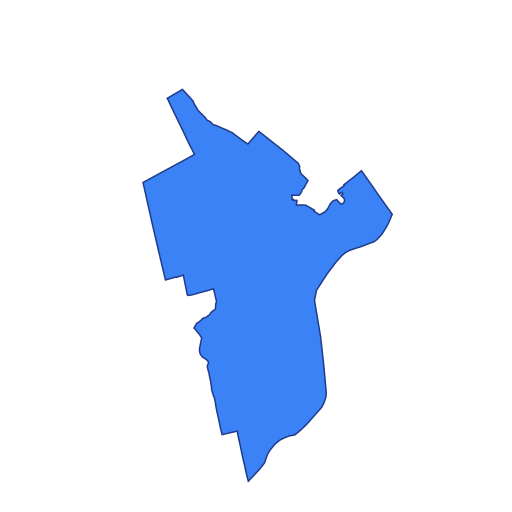 the district of Crivat, Giurgiu, Romania, rotated 145°
{"feature_id": "2599482B25594026358369", "entity_name": "Crivat", "entity_type": "district", "adm_level": 2, "iso_a3": "ROU", "parent_name": "Romania", "parent_adm1": "Giurgiu", "projection": "natural_earth1", "projection_center": [26.439, 44.187], "detail": "fine", "context": "isolated", "style": "filled", "palette": "blue", "viewbox_px": 512, "rotation_deg": 145, "n_neighbors": 0, "source": "geoboundaries", "source_scale": "gbopen_adm2", "svg_char_len": 3819}
<svg xmlns="http://www.w3.org/2000/svg" viewBox="0 0 512 512"><g transform="rotate(145 256 256)"><path d="M306.7,380.3L307.5,378.4L310.9,370.0L313.4,364.1L316.4,356.8L317.4,354.2L320.6,346.6L324.2,337.7L334.0,313.3L343.9,288.3L333.6,284.7L333.5,284.2L326.5,282.0L334.6,263.5L334.3,262.8L334.0,262.5L333.5,262.2L330.5,260.8L324.8,258.8L314.4,255.1L311.4,254.1L309.6,253.5L314.5,241.2L314.9,241.0L316.4,239.9L317.4,238.7L318.9,236.7L319.7,236.0L320.6,235.7L321.2,235.7L323.9,235.7L326.0,235.4L327.3,234.6L332.3,234.4L334.3,235.3L335.6,235.4L336.7,235.2L337.5,235.0L340.4,234.7L342.3,234.9L343.8,234.6L346.4,233.4L348.1,232.6L347.7,230.0L347.6,226.5L347.3,224.4L347.4,222.8L347.4,221.2L347.4,220.2L348.8,218.8L351.7,216.1L355.5,212.4L356.8,210.6L357.9,207.7L357.9,204.3L356.3,200.3L355.8,198.5L355.8,197.7L355.8,197.0L355.9,196.2L356.2,195.7L357.4,194.9L358.5,194.2L359.2,193.6L359.5,193.1L360.0,191.8L361.4,188.1L361.4,187.5L361.8,186.8L362.8,184.8L364.6,180.5L365.3,178.7L366.0,177.6L366.8,176.0L367.6,174.0L368.0,173.6L368.3,173.3L368.5,172.8L368.9,171.9L369.6,170.4L369.8,169.8L370.0,168.8L370.3,167.7L370.5,167.2L370.9,166.6L371.1,165.4L371.2,164.6L371.6,163.4L372.1,162.2L372.5,161.2L372.9,160.4L373.2,159.5L374.5,157.1L377.6,150.2L377.9,149.3L380.5,143.1L383.6,135.9L384.6,133.3L385.1,132.2L386.2,129.1L371.9,123.4L372.0,123.1L372.7,121.4L373.2,120.3L375.7,114.6L377.2,110.7L379.1,106.4L381.0,102.0L383.2,96.7L383.9,95.1L385.0,92.1L387.7,85.8L388.4,84.1L389.8,80.4L391.5,75.9L390.2,76.1L389.3,76.3L388.1,76.6L375.8,79.2L371.9,80.3L368.0,81.5L360.2,87.0L356.3,88.8L348.5,91.0L342.3,91.5L337.1,90.8L331.6,89.4L327.0,87.2L319.0,87.8L310.9,89.1L289.2,94.3L285.0,96.4L279.8,100.2L276.8,103.8L274.2,108.4L271.6,112.9L263.3,127.4L249.5,152.6L240.5,171.5L233.6,186.0L226.1,193.2L213.4,198.4L207.6,200.7L195.2,204.7L194.3,205.0L193.4,205.2L187.0,206.7L185.3,207.1L184.4,207.2L180.4,207.5L179.5,207.4L176.6,207.0L173.5,206.2L172.4,205.9L162.7,202.9L155.5,201.2L151.3,200.0L147.3,200.1L140.6,201.6L138.7,202.3L134.5,204.1L129.6,206.4L124.0,209.8L123.3,210.3L120.5,212.0L120.7,236.1L120.6,247.2L120.7,265.4L131.9,264.5L143.1,264.0L143.1,263.2L145.7,263.0L149.5,263.0L150.7,262.9L151.3,262.9L151.5,262.5L151.8,262.0L152.0,261.2L152.1,260.7L152.2,259.7L152.1,258.9L149.1,258.9L149.1,257.0L151.6,256.8L151.3,255.0L150.8,252.9L151.1,251.8L151.7,250.6L152.8,249.7L154.0,249.3L154.7,249.2L156.5,249.7L156.9,250.6L157.6,255.9L159.0,256.3L160.4,256.9L161.6,256.9L162.9,256.7L164.3,256.4L165.1,256.1L166.5,255.6L167.9,254.6L168.8,254.3L170.1,253.7L170.8,253.4L174.1,252.6L177.6,253.0L179.8,253.2L180.3,253.3L180.4,253.7L181.4,255.9L181.9,257.3L182.9,259.7L181.9,260.1L184.0,264.6L185.3,267.3L186.1,269.1L189.2,271.5L193.7,274.6L193.7,274.8L191.0,277.4L190.8,277.7L190.7,278.0L190.7,278.3L190.9,278.5L191.5,278.8L192.2,279.1L192.8,279.5L193.1,279.7L193.3,279.9L193.0,280.3L192.7,280.7L193.2,281.0L193.7,281.3L193.9,281.4L194.1,281.5L192.8,283.4L191.5,285.3L191.3,285.2L191.2,285.0L190.5,284.4L189.4,283.5L186.0,281.1L185.6,281.1L185.3,281.2L183.3,281.8L182.6,282.2L181.9,282.4L181.4,282.8L180.3,283.8L177.8,284.2L175.2,285.5L170.2,288.0L170.4,290.3L171.3,294.6L171.8,296.6L171.9,297.5L171.8,298.5L170.6,301.6L170.3,302.6L168.9,304.2L168.4,306.9L168.2,307.6L173.2,326.7L182.2,356.5L186.0,355.5L198.4,352.4L200.7,358.2L204.3,369.1L204.3,369.7L205.9,372.6L208.2,376.8L210.9,380.9L213.5,385.3L215.1,387.4L215.8,388.4L216.2,390.8L216.5,392.5L217.8,394.7L218.2,395.4L218.2,398.0L218.6,401.0L219.3,404.7L220.0,408.5L219.6,411.9L219.4,416.0L218.7,419.0L219.1,422.8L220.7,434.7L223.5,434.9L229.5,435.4L238.3,436.1L238.4,435.1L238.5,434.0L238.9,431.9L239.8,427.0L242.8,408.3L244.8,396.1L245.6,391.9L247.0,382.8L247.4,379.3L248.2,374.5L259.8,375.7L304.3,380.8L306.4,381.0L306.7,380.3Z" fill="#3b82f6" stroke="#1e3a8a" stroke-width="1.5"/></g></svg>